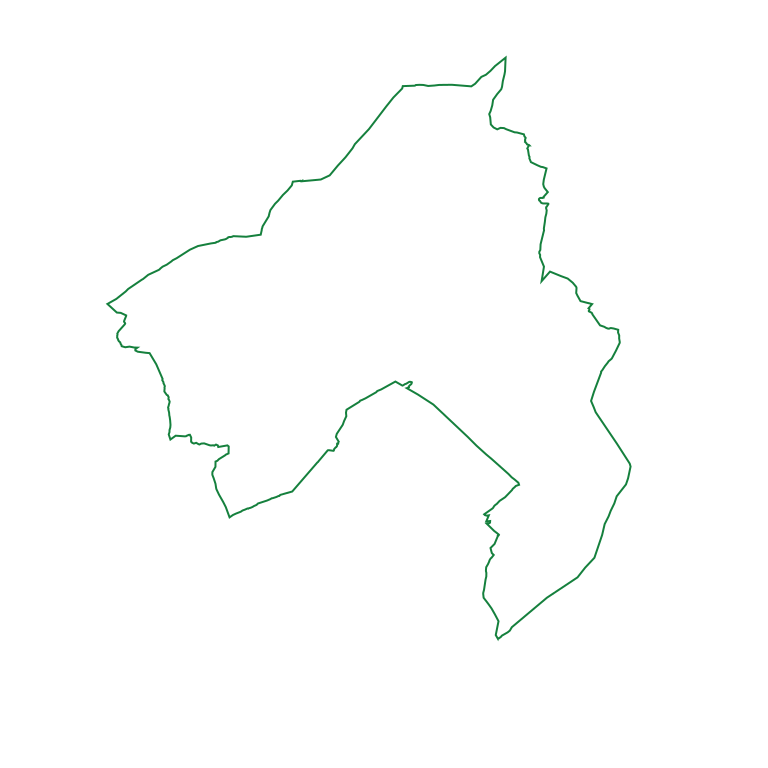 outline of Lund nor, Rogaland, Norway, rotated 342°
{"feature_id": "86288312B14474209678121", "entity_name": "Lund nor", "entity_type": "district", "adm_level": 2, "iso_a3": "NOR", "parent_name": "Norway", "parent_adm1": "Rogaland", "projection": "robinson", "projection_center": [6.449, 58.464], "detail": "fine", "context": "isolated", "style": "outline", "palette": "green", "viewbox_px": 768, "rotation_deg": 342, "n_neighbors": 0, "source": "geoboundaries", "source_scale": "gbopen_adm2", "svg_char_len": 6130}
<svg xmlns="http://www.w3.org/2000/svg" viewBox="0 0 768 768"><g transform="rotate(342 384 384)"><path d="M163.7,370.8L169.9,368.8L178.3,372.2L179.5,372.5L180.5,372.2L181.3,372.3L182.2,372.0L183.7,372.3L184.1,375.3L182.7,379.3L183.4,380.4L183.4,380.7L184.8,381.9L187.2,381.9L189.1,384.0L189.8,384.5L191.8,384.2L194.6,384.9L199.1,388.3L200.4,389.0L202.6,389.5L203.5,390.2L205.2,389.7L205.5,389.7L207.0,391.1L206.9,392.7L216.1,394.0L217.0,395.4L214.7,402.0L211.7,402.3L210.9,402.7L204.0,404.4L202.7,405.0L201.9,405.5L199.8,405.7L198.1,410.7L193.6,414.7L192.8,416.9L192.7,417.5L192.9,421.0L192.9,426.8L192.2,431.1L192.1,432.2L192.9,438.3L194.6,446.5L195.5,452.2L195.9,463.1L199.9,461.9L203.2,461.5L208.4,461.2L210.3,460.6L213.1,460.5L215.7,460.2L216.4,460.6L217.2,460.4L218.7,460.5L221.0,460.3L222.5,459.9L225.4,459.6L227.2,458.7L236.7,458.7L240.2,458.4L241.9,458.0L242.8,458.2L246.6,458.2L249.3,457.9L249.9,458.1L251.1,457.4L263.5,457.9L296.4,438.0L297.1,437.8L297.9,437.2L310.0,429.7L311.1,429.9L315.2,431.9L315.7,431.8L316.5,430.5L318.5,429.3L319.0,429.3L320.3,428.3L320.6,427.2L320.9,426.8L321.0,426.3L321.4,426.4L321.8,426.7L322.0,426.6L322.0,426.1L322.5,425.4L323.1,424.9L321.9,419.5L323.7,416.8L332.2,410.0L334.5,407.0L338.2,403.0L339.0,399.5L340.4,396.9L355.1,393.3L356.1,392.5L358.1,392.4L362.0,391.9L374.1,389.4L375.4,388.6L379.6,388.3L395.6,385.2L401.0,391.2L401.8,391.2L403.8,390.6L405.3,390.6L408.5,389.8L409.4,389.9L410.6,390.6L411.0,391.0L410.4,392.0L409.9,392.5L408.2,393.2L406.8,394.0L406.7,394.8L405.5,395.0L404.4,395.0L413.0,404.5L424.6,418.8L447.3,460.2L452.9,471.2L459.4,482.5L463.4,488.9L474.6,508.1L476.6,512.2L478.7,515.2L481.3,519.5L481.3,521.6L478.0,521.7L477.6,521.8L476.8,522.3L474.0,523.5L473.0,524.4L464.2,529.1L457.8,530.9L454.0,533.0L452.8,533.3L451.1,534.1L449.5,535.5L448.7,535.9L439.0,538.9L439.5,539.9L441.1,541.0L443.1,541.3L438.8,546.3L442.6,547.1L442.0,548.6L441.3,548.9L440.6,548.9L439.7,548.6L438.5,548.5L443.3,557.7L445.1,560.3L446.6,562.6L445.7,563.1L446.0,563.5L445.1,564.0L439.7,570.3L434.6,572.9L434.3,578.1L435.5,580.5L432.7,582.4L431.5,582.9L430.3,583.9L429.7,584.5L429.3,585.2L427.2,587.5L424.6,589.8L423.4,592.6L423.1,593.7L423.0,595.2L421.8,598.7L420.2,601.3L415.5,610.7L413.9,613.2L413.5,614.2L412.7,618.1L415.2,625.2L416.9,630.6L418.3,637.4L419.6,645.0L412.7,657.3L413.6,661.5L413.8,661.2L414.1,661.1L414.5,661.4L414.8,661.4L415.6,661.0L416.0,661.0L417.3,660.5L418.2,659.8L424.9,658.4L427.5,657.4L430.4,654.8L472.9,637.6L508.3,627.7L518.6,620.8L530.4,614.3L544.8,595.0L550.6,585.4L556.7,579.3L560.4,574.7L566.1,568.8L570.6,562.7L583.1,554.3L587.0,549.1L593.0,538.7L593.1,535.6L587.1,512.8L576.6,476.3L576.3,470.9L575.7,464.1L581.2,456.4L594.0,440.3L594.3,439.3L595.9,438.3L599.6,435.3L603.4,432.8L604.6,431.8L608.1,430.4L608.8,429.9L614.8,424.1L620.9,417.7L621.2,416.9L621.7,413.4L622.7,410.5L622.5,407.4L623.5,404.8L619.6,402.2L617.3,401.0L616.6,400.8L615.1,400.9L614.1,400.5L613.7,400.1L612.9,399.6L611.1,397.6L607.6,395.0L603.7,382.1L603.8,381.3L603.5,380.4L601.3,378.2L601.3,377.8L602.4,376.8L602.5,376.0L601.9,375.2L606.6,372.3L596.5,365.9L595.3,359.8L594.9,356.9L596.8,352.1L596.8,351.0L594.8,346.0L591.3,340.5L585.7,336.1L576.6,328.4L565.7,334.9L572.4,321.8L571.6,311.6L572.4,309.4L572.1,307.6L572.6,306.2L574.1,304.8L576.1,299.5L583.3,287.9L583.6,287.6L584.1,285.5L587.1,279.5L589.0,275.3L591.0,272.2L592.4,269.1L592.5,266.8L592.9,265.9L593.5,265.7L596.0,263.6L596.0,263.3L594.9,262.7L591.0,261.4L590.1,260.8L589.4,260.1L588.9,258.1L588.5,257.7L588.3,257.2L588.3,256.7L588.5,256.0L588.9,255.7L589.6,255.4L590.5,255.4L592.0,256.0L593.5,256.1L593.6,255.9L593.5,255.4L599.1,252.1L597.3,247.4L597.0,245.7L597.2,243.1L599.1,239.1L605.2,229.2L602.1,226.8L600.3,225.9L597.5,223.4L592.3,218.4L592.0,214.2L592.6,213.0L592.4,211.5L593.4,205.3L593.0,204.4L593.1,204.2L595.1,202.3L595.7,201.9L596.0,202.0L595.8,201.6L594.1,200.3L593.9,199.2L592.9,197.3L593.4,196.7L593.4,195.9L593.7,195.5L593.7,195.1L594.0,194.6L594.7,193.9L594.8,193.5L594.1,192.0L594.2,189.8L588.2,185.9L586.0,185.0L578.9,179.4L577.2,177.7L573.9,176.4L570.4,176.8L567.5,173.9L565.8,170.2L567.4,163.2L567.5,159.8L569.8,157.3L573.1,152.4L575.6,147.4L581.3,143.2L586.6,139.9L588.1,137.8L590.6,132.7L594.2,126.9L595.7,124.1L600.5,111.2L587.9,115.9L582.0,119.1L576.5,121.4L571.5,122.0L563.5,126.6L559.0,127.9L541.0,120.4L528.8,116.6L524.2,115.7L518.1,114.2L513.9,111.8L510.4,110.5L506.7,109.5L505.5,109.8L493.9,106.5L492.6,108.6L481.5,114.4L471.8,120.8L448.5,136.9L430.4,146.9L426.9,150.1L417.4,156.5L407.6,162.0L396.8,168.8L387.1,170.0L368.5,165.8L368.7,165.5L368.0,165.6L367.5,165.3L367.4,165.0L366.9,165.0L366.7,164.8L359.8,163.4L357.7,166.6L352.0,170.2L346.4,172.9L339.9,177.0L336.1,178.9L329.7,183.5L327.7,186.3L327.2,187.3L326.9,187.6L326.2,188.9L317.2,196.6L316.8,197.4L315.6,199.0L315.3,199.8L312.9,203.9L298.5,201.4L286.3,196.8L285.2,197.0L283.4,196.8L282.4,196.4L281.2,196.3L280.7,196.7L278.8,197.2L277.5,197.3L272.8,196.8L270.3,197.4L268.4,197.2L268.1,197.5L267.3,197.6L262.7,196.8L249.7,195.3L240.9,196.3L225.6,200.3L221.3,201.0L219.7,201.7L214.2,203.4L209.7,204.0L206.6,205.2L206.1,205.6L205.0,205.9L193.5,207.3L187.3,209.7L185.8,210.0L170.0,214.6L166.9,216.2L155.6,220.4L145.7,222.4L152.0,233.5L155.6,235.0L160.0,239.1L159.8,239.6L156.6,243.4L156.0,244.4L156.5,245.9L156.5,246.6L155.8,247.2L147.9,251.8L145.9,253.7L145.8,254.8L145.1,255.7L145.0,256.3L144.5,257.5L144.8,258.4L144.7,258.7L144.9,259.4L144.8,260.3L145.0,260.7L145.0,261.3L146.0,262.9L145.9,264.4L146.3,265.4L146.2,267.0L149.3,269.1L153.5,269.8L157.7,272.1L160.7,273.2L158.5,273.9L158.0,274.7L157.9,275.3L159.8,277.2L167.1,280.7L170.6,282.2L173.5,294.9L175.0,310.8L174.7,311.1L174.3,311.9L174.8,314.0L174.5,315.4L174.7,316.1L174.9,318.3L174.2,319.4L173.9,320.7L173.4,321.7L172.8,323.3L174.0,327.2L174.9,328.1L174.9,329.1L175.1,329.6L175.1,330.1L174.3,331.7L174.6,332.7L174.7,334.5L174.0,335.8L173.3,336.7L172.4,338.3L171.9,338.9L171.3,339.9L171.4,340.8L171.0,341.7L170.8,344.7L170.1,347.6L170.0,349.0L169.4,352.4L168.3,356.9L167.3,359.3L165.8,361.5L165.1,363.5L163.7,365.4L163.7,370.8Z" fill="none" stroke="#15803d" stroke-width="2"/></g></svg>